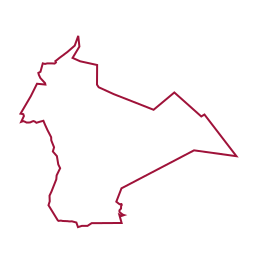 outline of Santa María Temaxcalapa, Oaxaca, Mexico, rotated 176°
{"feature_id": "50627088B67210790477336", "entity_name": "Santa María Temaxcalapa", "entity_type": "district", "adm_level": 2, "iso_a3": "MEX", "parent_name": "Mexico", "parent_adm1": "Oaxaca", "projection": "orthographic", "projection_center": [-96.15, 17.377], "detail": "fine", "context": "isolated", "style": "outline", "palette": "rose", "viewbox_px": 256, "rotation_deg": 176, "n_neighbors": 0, "source": "geoboundaries", "source_scale": "gbopen_adm2", "svg_char_len": 1274}
<svg xmlns="http://www.w3.org/2000/svg" viewBox="0 0 256 256"><g transform="rotate(176 128 128)"><path d="M154.4,193.0L171.1,197.9L178.4,201.8L170.8,212.6L171.2,222.9L171.2,223.4L175.4,213.9L183.1,208.1L191.5,202.7L194.2,200.8L195.8,199.8L195.3,198.4L196.7,197.4L199.7,197.8L204.0,198.1L206.3,197.7L208.5,198.4L211.4,190.2L213.6,189.2L213.2,187.2L211.9,183.9L207.6,178.5L207.4,177.1L215.7,178.5L222.7,166.6L234.2,149.8L231.5,149.1L231.0,147.2L234.1,141.6L232.0,142.2L230.3,141.4L228.8,140.5L226.4,140.4L225.2,140.4L222.8,141.3L221.8,141.5L220.5,140.9L219.0,139.6L215.5,140.4L211.9,141.1L210.6,137.2L208.5,131.6L205.3,124.2L205.4,121.1L204.7,118.8L203.1,113.9L204.6,109.8L200.9,104.9L200.1,96.5L198.5,92.6L202.5,85.7L203.1,81.8L208.8,69.9L211.0,66.0L211.2,60.3L212.7,56.5L204.5,40.8L203.8,40.2L201.5,40.3L201.0,40.2L199.6,39.8L195.0,39.3L193.0,38.9L190.4,38.8L186.1,37.3L184.8,32.6L180.8,33.6L175.2,33.2L170.9,35.6L141.0,33.7L142.7,42.0L140.7,40.7L138.0,41.4L139.0,41.8L139.8,42.4L141.0,43.5L142.2,44.5L142.4,45.8L142.1,46.7L140.6,48.1L140.3,50.7L139.6,51.7L139.9,52.6L141.7,52.5L144.8,55.3L138.7,68.3L63.7,101.1L21.8,92.3L50.8,136.1L54.1,134.4L79.3,160.2L101.2,144.4L139.9,162.8L154.4,170.7L155.9,173.4L154.4,193.0Z" fill="none" stroke="#9f1239" stroke-width="2"/></g></svg>